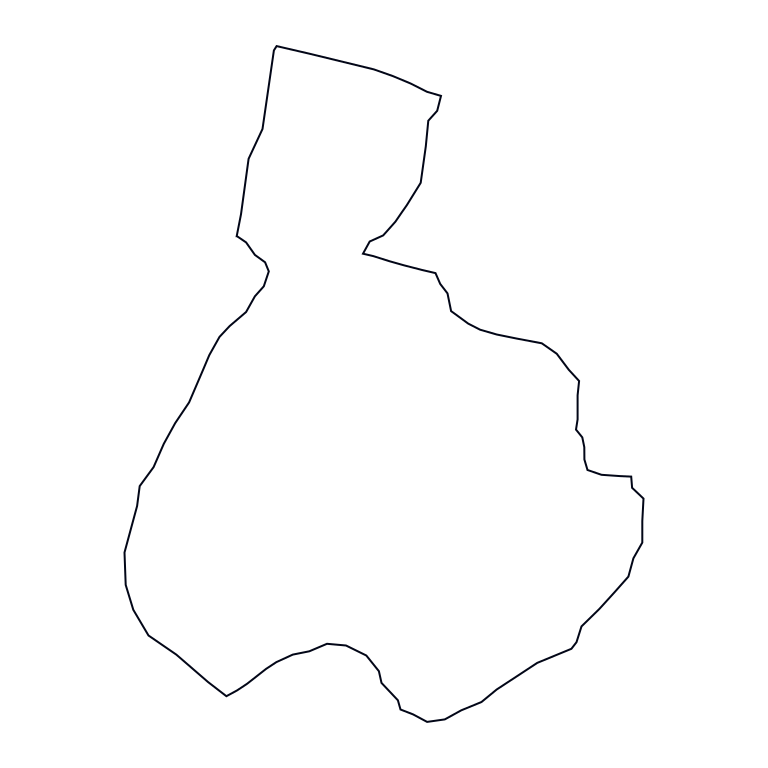 Järfälla, Stockholm, Sweden (Natural Earth projection)
{"feature_id": "70781695B58172703423372", "entity_name": "Järfälla", "entity_type": "district", "adm_level": 2, "iso_a3": "SWE", "parent_name": "Sweden", "parent_adm1": "Stockholm", "projection": "natural_earth1", "projection_center": [17.825, 59.445], "detail": "fine", "context": "isolated", "style": "outline", "palette": "ink", "viewbox_px": 768, "rotation_deg": 0, "n_neighbors": 0, "source": "geoboundaries", "source_scale": "gbopen_adm2", "svg_char_len": 1391}
<svg xmlns="http://www.w3.org/2000/svg" viewBox="0 0 768 768"><path d="M631.2,476.6L620.1,476.1L601.5,474.8L587.5,470.0L584.4,459.5L584.3,447.2L582.3,437.4L576.0,429.6L577.6,419.4L577.6,395.3L579.1,381.0L568.8,369.8L556.8,353.8L541.8,343.3L516.9,338.6L496.7,334.5L480.1,329.7L468.2,323.6L451.1,311.1L447.5,293.4L440.2,283.9L435.5,273.1L422.1,270.0L403.9,265.3L389.4,261.2L373.3,256.1L363.0,253.7L369.7,241.5L383.2,235.4L395.4,221.7L401.9,212.2L406.8,205.2L420.7,182.8L425.8,146.4L428.3,120.7L437.2,110.8L441.0,95.9L427.0,91.8L410.6,83.5L392.9,76.1L373.9,69.4L309.4,53.7L276.6,46.1L273.9,50.4L262.5,129.0L248.6,158.8L241.0,214.3L236.7,236.2L237.0,236.2L246.1,242.4L254.9,254.9L265.1,262.3L268.8,271.4L263.8,286.3L254.9,296.3L246.1,312.0L229.6,326.1L219.5,336.9L209.3,355.1L203.0,370.0L189.1,402.4L175.2,423.1L163.8,443.8L153.6,467.1L139.7,486.1L137.1,506.0L124.5,552.5L125.7,584.9L133.3,609.8L148.5,635.5L176.3,654.6L208.0,682.0L226.4,696.2L237.1,690.4L247.2,683.7L266.2,668.8L276.4,662.1L292.8,654.6L309.3,651.3L327.0,643.8L346.0,645.5L366.3,655.5L378.9,671.2L381.5,682.9L397.9,700.3L400.5,709.5L413.1,714.4L427.1,721.9L444.8,719.4L461.3,710.3L481.5,702.0L496.7,689.5L520.8,673.7L537.2,662.9L571.4,648.8L576.5,642.2L581.5,626.4L599.3,609.0L614.4,592.4L628.4,576.6L633.4,558.3L642.3,542.6L642.3,521.0L643.5,498.6L632.1,487.8L631.2,476.6Z" fill="none" stroke="#020617" stroke-width="2"/></svg>